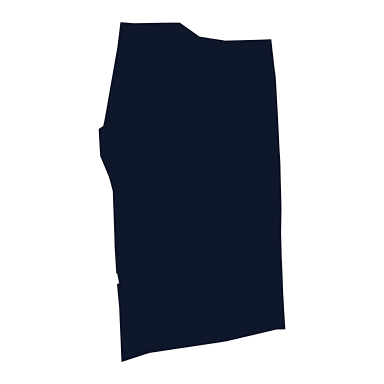 the district of Comuna 3, Ciudad de Buenos Aires, Argentina
{"feature_id": "61730980B39033896534626", "entity_name": "Comuna 3", "entity_type": "district", "adm_level": 2, "iso_a3": "ARG", "parent_name": "Argentina", "parent_adm1": "Ciudad de Buenos Aires", "projection": "equal_earth", "projection_center": [-58.402, -34.614], "detail": "fine", "context": "isolated", "style": "filled", "palette": "ink", "viewbox_px": 384, "rotation_deg": 0, "n_neighbors": 0, "source": "geoboundaries", "source_scale": "gbopen_adm2", "svg_char_len": 2044}
<svg xmlns="http://www.w3.org/2000/svg" viewBox="0 0 384 384"><path d="M270.6,40.1L269.5,40.1L259.1,40.5L256.8,40.6L256.6,40.6L247.9,40.8L241.4,41.0L237.1,41.1L225.6,41.4L225.0,41.4L224.6,41.3L215.6,39.9L211.2,39.3L206.5,38.5L205.4,38.3L203.4,38.0L199.1,37.3L195.5,34.7L195.0,34.4L190.7,31.3L187.8,29.3L186.4,28.3L185.7,27.8L179.5,23.4L177.7,23.4L176.6,23.4L171.0,23.4L168.6,23.5L162.8,23.5L151.5,23.7L150.8,23.7L147.4,23.8L146.3,23.8L140.7,23.9L133.9,24.0L121.1,23.0L119.5,36.5L118.4,45.1L118.3,46.4L118.1,47.6L115.8,60.6L114.1,70.1L112.8,77.7L111.1,87.1L110.8,88.8L110.8,89.1L109.3,97.4L107.5,107.8L105.4,119.6L105.2,120.6L103.9,126.5L99.5,129.4L99.8,136.3L100.1,141.8L101.0,156.0L104.6,164.5L108.2,173.1L109.2,175.7L110.1,178.2L111.7,184.0L113.6,191.3L114.0,205.2L114.5,217.6L115.0,232.6L115.1,234.8L115.4,246.5L115.5,248.4L116.2,259.5L117.0,272.5L117.7,272.3L120.1,283.9L117.8,284.5L118.7,294.5L119.5,302.7L119.7,304.7L119.9,306.5L120.5,320.7L120.7,324.3L120.8,326.1L121.0,332.0L121.5,342.9L121.7,348.9L122.2,361.0L123.8,360.5L128.5,358.9L129.7,358.5L132.1,357.7L135.9,356.5L137.2,356.1L138.6,355.6L139.5,355.3L140.7,354.9L149.1,352.2L161.8,350.3L163.7,350.0L170.5,349.0L172.0,348.7L187.1,346.5L196.2,345.1L205.2,343.8L206.3,343.6L208.3,343.3L215.7,342.2L217.1,342.0L226.0,340.6L226.6,340.5L227.3,340.3L239.6,337.4L240.1,337.3L240.6,337.1L251.6,334.6L259.9,332.6L268.5,330.6L275.6,328.9L276.7,328.7L284.5,328.6L284.4,326.4L284.1,322.1L283.9,318.9L283.2,307.4L282.7,297.6L282.4,294.5L282.3,291.6L282.3,289.9L282.2,288.6L282.0,281.4L281.5,269.1L281.0,258.4L280.9,255.1L280.6,243.5L280.3,233.6L280.5,220.2L280.7,209.3L280.7,207.9L280.6,205.9L280.6,202.5L280.5,199.7L280.5,197.4L280.4,197.1L280.3,190.9L280.2,188.3L279.9,177.9L279.9,176.2L279.8,174.0L279.7,165.8L279.6,164.0L279.5,161.7L279.1,154.2L278.9,151.9L278.3,140.9L278.3,139.7L277.7,127.3L277.6,125.9L277.1,114.8L277.0,113.3L276.4,102.9L276.3,101.2L275.7,90.2L274.9,76.9L273.5,66.0L273.3,64.7L272.1,53.7L271.9,52.3L270.6,40.1Z" fill="#0f172a" stroke="#020617" stroke-width="1.5"/></svg>